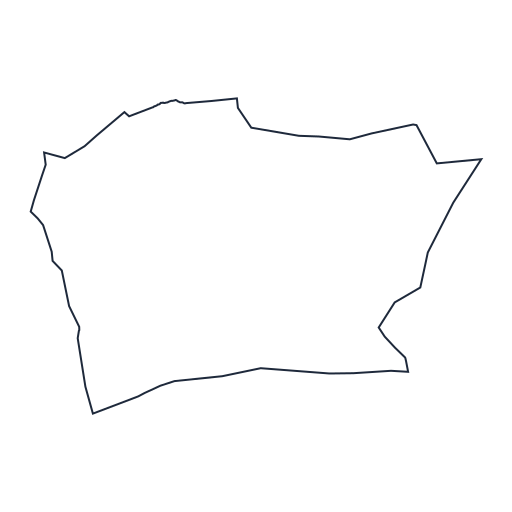 Bogd, Övörhangay, Mongolia
{"feature_id": "93677404B40761087888007", "entity_name": "Bogd", "entity_type": "district", "adm_level": 2, "iso_a3": "MNG", "parent_name": "Mongolia", "parent_adm1": "Övörhangay", "projection": "robinson", "projection_center": [102.15, 44.534], "detail": "fine", "context": "isolated", "style": "outline", "palette": "slate", "viewbox_px": 512, "rotation_deg": 0, "n_neighbors": 0, "source": "geoboundaries", "source_scale": "gbopen_adm2", "svg_char_len": 1401}
<svg xmlns="http://www.w3.org/2000/svg" viewBox="0 0 512 512"><path d="M44.1,152.5L45.7,164.7L42.2,175.0L33.9,200.3L30.7,211.6L37.7,218.4L43.1,225.1L51.7,251.7L52.6,260.9L61.8,270.5L69.1,306.1L79.2,326.8L79.3,330.1L78.9,330.8L77.7,338.2L85.4,386.7L92.9,413.6L138.2,396.4L144.8,392.9L160.4,385.7L174.5,381.1L222.3,376.2L260.7,368.2L329.5,373.5L353.5,373.2L391.0,370.8L408.1,371.8L406.1,361.4L405.4,358.3L405.1,357.5L395.0,347.7L384.7,336.6L378.7,327.5L394.7,302.4L420.3,287.5L425.2,264.8L427.8,252.5L453.3,202.6L481.3,159.2L436.8,163.4L416.5,125.1L413.1,124.5L371.7,133.4L349.8,139.3L318.8,136.5L298.9,135.8L251.3,127.7L237.9,107.9L236.9,98.4L211.4,101.0L186.2,103.1L184.9,103.4L184.2,103.3L183.6,103.0L182.4,102.3L181.8,102.3L180.9,102.3L180.2,102.3L179.4,102.1L178.9,101.7L178.5,101.5L178.0,101.4L177.4,100.9L177.0,100.6L176.1,100.1L175.5,100.0L174.9,100.3L174.2,100.5L172.1,100.9L171.4,100.8L170.5,101.1L169.5,101.4L168.9,101.7L168.2,102.0L167.6,102.4L166.9,102.5L166.1,102.6L165.5,102.8L165.0,102.9L164.3,103.0L163.9,103.0L163.5,102.8L163.0,102.6L162.5,102.8L161.7,102.9L160.8,102.9L160.3,103.3L159.9,103.9L159.2,104.3L158.7,104.5L158.3,104.5L157.6,104.6L157.4,104.9L157.1,105.2L156.8,105.4L156.3,105.6L155.8,105.9L155.4,106.1L154.6,106.2L154.1,106.4L153.3,107.2L152.7,107.3L129.1,116.3L124.4,112.1L96.9,135.3L84.6,146.2L64.8,158.1L44.1,152.5Z" fill="none" stroke="#1e293b" stroke-width="2"/></svg>